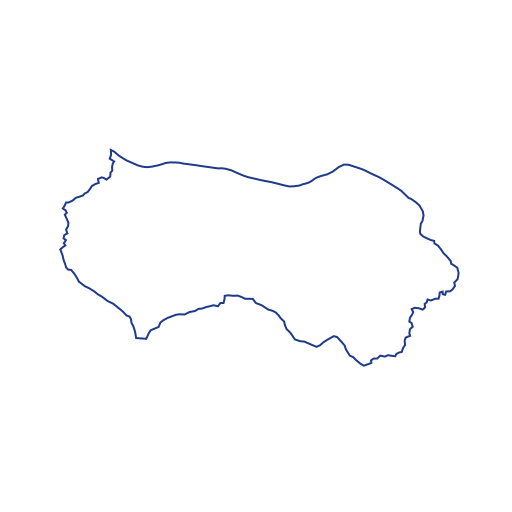 the district of Tupiratins, Tocantins, Brazil, rotated 289°
{"feature_id": "56859067B80877563897035", "entity_name": "Tupiratins", "entity_type": "district", "adm_level": 2, "iso_a3": "BRA", "parent_name": "Brazil", "parent_adm1": "Tocantins", "projection": "albers", "projection_center": [-48.216, -8.355], "detail": "fine", "context": "isolated", "style": "outline", "palette": "blue", "viewbox_px": 512, "rotation_deg": 289, "n_neighbors": 0, "source": "geoboundaries", "source_scale": "gbopen_adm2", "svg_char_len": 3209}
<svg xmlns="http://www.w3.org/2000/svg" viewBox="0 0 512 512"><g transform="rotate(289 256 256)"><path d="M201.0,240.6L204.8,240.3L208.2,239.4L209.7,242.3L211.0,247.5L212.6,251.7L212.5,256.0L212.0,259.5L214.4,266.9L211.5,271.2L211.3,277.3L209.3,285.3L209.6,289.5L209.1,292.9L207.3,296.6L205.1,299.8L203.2,303.9L200.2,305.8L197.0,308.5L194.5,313.7L189.8,319.9L189.8,325.4L190.8,329.6L190.2,336.9L189.8,342.7L192.4,345.6L196.2,347.7L200.0,350.7L205.5,355.6L205.8,359.0L202.9,364.4L200.2,369.0L197.0,371.4L192.3,377.2L192.0,381.0L190.2,384.4L188.1,390.0L187.4,393.7L192.4,399.9L194.8,398.8L197.3,400.6L198.5,404.0L202.2,405.9L202.9,410.7L205.2,413.1L205.8,416.8L206.5,420.2L209.0,420.6L211.0,422.3L212.8,425.1L216.9,425.0L220.5,425.9L224.0,424.2L227.6,424.1L230.7,427.7L232.9,426.1L236.9,425.4L240.1,427.2L243.3,424.9L243.9,422.3L247.6,421.7L251.5,422.7L254.2,422.9L256.4,420.5L258.7,422.9L259.6,426.9L259.6,431.1L262.4,432.6L265.6,431.1L267.7,432.5L270.7,432.4L270.9,435.9L273.9,439.3L275.1,442.5L277.9,442.4L281.3,441.6L283.1,444.0L280.7,445.0L280.9,447.5L284.4,447.4L285.8,451.0L288.4,452.7L292.5,453.9L295.4,452.1L299.6,454.1L303.0,453.7L306.1,453.0L310.4,450.2L311.5,446.6L312.2,443.1L314.6,441.8L316.3,439.0L318.2,435.7L319.6,432.6L322.6,428.5L325.0,424.9L326.0,420.6L328.3,419.5L328.0,416.4L328.2,413.5L328.9,407.7L330.5,404.0L332.9,402.9L340.2,401.3L343.2,402.0L349.0,401.2L352.5,399.2L357.0,394.1L358.9,389.6L360.5,384.1L360.5,381.4L361.8,378.8L364.9,372.2L366.0,368.3L366.7,365.0L367.4,362.1L368.0,359.3L369.5,352.6L370.6,346.8L370.9,343.6L371.2,340.5L371.8,335.4L372.5,329.6L372.6,325.8L372.5,319.5L372.4,313.7L371.1,309.5L366.9,305.2L361.0,301.3L356.5,296.9L355.2,294.9L352.7,291.3L350.3,288.3L348.3,286.4L345.1,284.2L342.7,282.1L340.6,279.3L338.9,276.6L336.8,274.2L334.3,269.2L332.6,264.9L332.1,261.0L330.9,246.9L329.5,237.2L329.1,233.7L328.0,223.1L327.9,218.4L328.4,210.8L329.0,204.6L328.6,198.9L327.9,195.4L326.4,191.2L323.3,175.3L322.2,169.1L319.8,157.5L319.0,152.1L318.2,149.4L316.5,144.2L314.5,140.2L312.4,137.5L310.0,134.2L308.4,131.5L306.8,128.8L304.9,125.0L304.0,122.1L303.5,119.4L303.2,115.0L303.4,112.4L304.3,101.9L306.3,93.4L308.5,87.9L309.0,84.2L304.4,86.1L300.4,86.0L299.2,91.1L296.6,90.5L293.4,90.9L289.9,92.3L287.5,91.3L283.6,92.3L279.5,89.7L280.2,87.0L280.1,84.5L277.4,81.5L273.9,83.5L271.8,80.7L268.7,78.0L264.8,77.1L261.7,76.0L259.3,73.7L256.9,72.7L253.9,68.9L252.5,66.8L248.6,64.5L245.7,61.5L244.7,59.0L241.2,58.7L238.0,57.9L237.2,61.0L235.3,63.0L232.8,61.8L228.4,66.0L226.2,67.9L223.0,68.6L219.2,67.8L216.0,70.3L213.3,67.9L210.0,68.3L209.2,71.1L205.5,70.2L203.9,72.3L201.5,70.5L198.5,68.8L193.9,72.7L189.9,75.2L185.9,78.4L183.4,80.2L181.9,82.9L182.7,85.6L180.1,90.0L177.4,93.4L174.1,96.9L171.7,104.0L171.2,108.8L169.7,115.2L168.3,118.9L167.4,123.5L165.1,130.4L164.4,136.5L160.3,147.8L157.6,153.0L157.6,156.1L155.6,158.4L152.4,159.9L149.9,162.7L146.6,165.2L144.3,166.7L139.4,169.4L142.0,179.2L147.7,179.7L151.5,180.6L157.2,187.0L162.0,187.3L165.0,189.2L168.8,192.7L174.4,199.5L176.0,202.7L177.5,207.6L181.4,211.4L184.1,216.2L187.3,218.9L188.5,221.7L191.7,225.8L193.9,229.4L195.5,231.6L196.2,236.5L199.9,237.6L201.0,240.6Z" fill="none" stroke="#1e3a8a" stroke-width="2"/></g></svg>